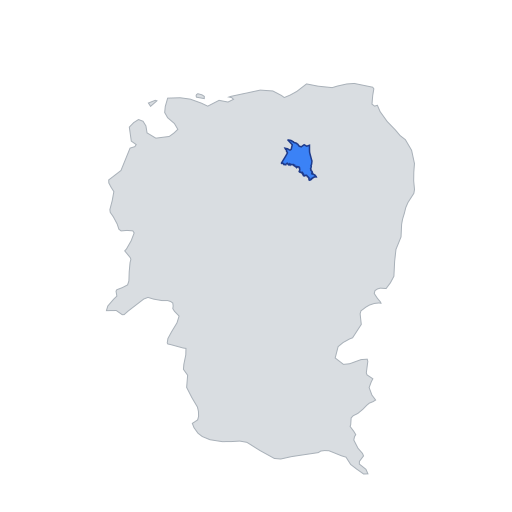 Moung Ruessei, Batdâmbâng, Cambodia (highlighted), rotated 104°
{"feature_id": "14789045B86476324450115", "entity_name": "Moung Ruessei", "entity_type": "district", "adm_level": 2, "iso_a3": "KHM", "parent_name": "Cambodia", "parent_adm1": "Batdâmbâng", "projection": "albers", "projection_center": [103.606, 12.852], "detail": "fine", "context": "in_parent", "style": "filled", "palette": "blue", "viewbox_px": 512, "rotation_deg": 104, "n_neighbors": 0, "source": "geoboundaries", "source_scale": "gbopen_adm2", "svg_char_len": 6990}
<svg xmlns="http://www.w3.org/2000/svg" viewBox="0 0 512 512"><g transform="rotate(104 256 256)"><path d="M440.3,94.7L441.5,98.8L438.5,106.6L435.4,113.7L429.4,120.0L429.2,124.5L427.3,138.1L428.2,142.4L429.6,146.0L431.7,148.0L437.1,161.1L442.1,173.1L447.0,182.9L448.0,189.2L443.8,205.1L439.0,219.8L439.5,227.0L441.8,234.3L444.3,243.9L445.4,256.3L444.2,264.4L442.0,269.4L437.6,274.6L433.8,277.3L429.2,273.0L425.5,272.9L420.6,274.3L416.7,276.3L408.9,284.0L400.3,291.5L388.2,293.5L383.5,299.0L378.5,299.8L368.9,300.2L362.6,301.6L362.9,304.3L362.6,317.2L362.7,320.3L361.8,321.1L357.4,321.5L350.0,319.6L340.0,316.5L332.9,316.1L329.4,321.7L327.2,324.0L324.5,324.3L321.7,325.4L320.8,327.9L320.6,331.0L322.0,336.4L322.6,345.0L322.3,350.8L324.9,354.5L340.3,366.7L344.8,369.8L345.3,371.6L342.7,378.4L345.2,387.9L340.4,387.7L332.4,383.7L328.6,381.3L324.0,383.3L322.4,382.9L319.2,378.3L315.1,373.6L310.9,373.3L302.0,375.2L292.9,376.6L289.5,376.6L288.1,377.5L282.8,384.6L280.6,383.4L271.4,380.8L263.1,379.8L261.4,381.6L262.4,387.4L264.3,393.0L263.2,395.5L258.6,398.4L252.6,403.8L248.9,408.0L246.3,409.0L237.1,408.9L227.9,409.5L224.2,413.4L220.7,416.5L217.8,417.3L205.7,407.7L181.8,404.3L179.2,400.0L176.9,399.2L174.7,404.8L161.6,410.1L156.1,406.9L152.0,403.0L152.6,398.2L156.4,394.3L162.9,391.5L165.9,381.7L161.0,369.1L156.6,365.4L152.0,362.5L147.2,367.2L143.2,375.2L138.9,379.3L132.9,380.2L124.2,379.9L120.8,367.9L119.7,357.7L120.9,346.0L122.3,339.1L113.9,329.5L113.4,320.4L109.4,315.7L108.2,318.0L108.3,320.7L107.1,318.8L94.0,292.0L91.8,279.6L94.1,270.1L95.4,266.9L91.6,261.8L86.3,256.1L76.8,248.6L76.2,236.8L74.2,222.8L71.4,218.1L67.1,209.5L64.8,202.4L64.0,183.6L65.3,182.1L72.0,181.6L80.6,180.2L81.9,177.2L80.4,174.7L85.9,170.5L93.8,161.2L99.9,151.4L104.3,145.3L107.0,139.2L115.8,130.6L128.0,124.6L136.3,123.2L144.9,121.2L153.1,118.3L157.0,118.0L167.3,121.5L172.8,122.4L178.6,122.4L184.6,122.7L189.9,122.4L202.4,119.9L215.7,121.8L227.6,120.2L242.3,117.3L249.5,119.1L256.1,121.9L257.1,127.6L258.6,130.2L260.8,132.2L263.8,132.2L267.5,128.2L270.6,124.0L271.6,123.3L271.8,125.3L273.4,129.7L276.2,134.1L279.0,137.0L283.8,140.9L286.9,141.0L296.9,137.3L312.0,142.5L313.8,145.1L318.8,150.5L324.1,154.4L335.8,154.5L340.0,144.9L337.9,139.1L331.1,129.0L329.2,123.1L331.3,122.0L342.7,120.7L344.5,119.5L346.9,112.9L350.0,113.7L356.3,114.4L362.9,109.9L366.8,105.1L369.0,107.2L371.4,110.5L374.0,112.4L378.8,115.2L384.1,119.1L387.4,123.0L390.1,124.5L396.8,123.3L398.6,123.5L402.5,118.7L405.2,116.0L407.5,116.7L410.9,116.6L417.9,110.5L421.8,104.9L424.0,103.3L430.3,106.0L432.9,105.4L436.4,97.7L440.3,94.7ZM116.3,352.2L115.0,352.9L113.8,352.8L112.6,351.7L112.7,347.4L113.6,344.8L115.8,344.3L116.3,352.2ZM136.3,394.5L133.6,397.4L129.3,391.4L129.4,389.7L136.3,394.5Z" fill="#d9dde1" stroke="#a8b0b8" stroke-width="1"/><path d="M167.3,223.5L167.8,223.2L168.2,223.4L168.3,223.3L168.5,223.2L169.0,223.0L169.3,223.0L169.4,222.7L169.5,222.4L169.5,222.1L169.1,221.8L168.9,221.7L168.8,221.4L168.3,221.2L168.0,221.1L167.8,221.1L167.6,221.2L167.4,221.1L167.4,220.9L167.2,220.5L166.8,220.4L167.2,220.3L167.0,220.2L166.6,219.7L166.4,219.7L166.6,220.0L166.2,219.7L165.7,218.9L165.5,218.7L165.4,218.7L165.1,218.0L164.9,217.7L164.7,216.6L164.4,216.8L164.1,217.1L164.0,217.5L163.7,217.9L163.7,218.1L163.6,218.3L163.2,218.4L163.2,218.5L162.8,219.9L162.9,220.5L162.8,220.9L162.7,221.0L162.8,221.3L162.8,221.6L162.7,221.8L162.3,221.7L162.1,221.7L161.9,221.9L161.5,221.8L161.5,221.6L161.4,221.7L161.2,221.6L161.0,221.8L160.8,222.0L160.5,222.2L160.4,222.1L160.2,222.3L160.1,222.6L160.0,222.8L159.9,223.0L159.5,223.6L159.4,223.6L159.2,223.5L158.7,223.6L158.2,224.2L157.8,224.1L157.7,224.0L157.4,224.0L156.9,224.0L156.4,224.0L156.2,224.0L155.9,224.0L155.4,224.3L155.0,224.5L154.7,224.4L153.9,224.3L153.3,224.3L151.9,224.5L150.3,224.7L149.5,225.2L143.2,228.7L142.1,229.2L139.6,229.9L135.6,230.9L137.2,233.3L136.4,236.2L139.2,238.6L139.1,238.8L139.1,239.0L139.0,239.4L139.0,239.5L139.1,239.8L139.0,240.0L138.9,240.3L139.0,240.5L138.8,240.8L138.7,241.1L138.6,241.4L138.5,241.5L138.1,241.7L137.7,242.2L137.5,242.5L137.3,242.7L137.3,243.0L137.3,243.3L137.2,243.4L137.0,243.7L136.8,243.9L136.7,245.3L136.7,246.5L136.6,247.0L136.2,247.2L136.1,247.3L136.1,247.5L136.1,247.8L136.0,248.3L135.9,248.5L136.0,248.6L135.9,248.7L135.9,248.8L135.7,249.1L135.5,249.3L135.5,249.5L135.5,249.8L135.4,250.2L135.4,250.5L135.5,250.9L135.5,251.1L135.7,251.4L135.5,251.8L135.6,252.1L135.6,252.4L135.7,252.6L135.6,253.0L135.5,253.5L139.3,247.7L141.9,247.7L143.7,247.6L143.8,247.6L144.5,248.1L144.9,248.4L145.1,248.7L144.6,250.6L144.3,251.3L144.4,252.9L144.4,253.9L145.0,253.4L145.4,253.0L145.4,252.8L145.5,252.6L145.6,252.2L146.0,251.9L146.4,251.9L146.9,251.8L147.2,251.5L147.5,251.3L147.6,250.9L148.3,250.4L151.7,251.3L159.7,253.8L159.8,253.7L160.0,253.5L160.0,253.4L159.9,253.3L159.9,253.2L159.6,253.0L159.5,252.9L159.5,252.7L159.6,252.4L159.7,252.2L159.6,251.8L159.9,251.7L159.9,251.4L160.0,251.4L160.3,251.3L160.4,251.2L160.5,251.1L160.6,250.9L160.3,250.6L160.4,250.4L160.3,249.9L160.3,249.7L160.2,249.6L160.3,249.5L160.3,249.4L160.3,249.2L160.2,249.2L159.9,249.1L160.0,249.2L160.0,249.3L159.9,249.3L159.8,249.2L159.7,249.2L158.4,248.2L159.6,246.6L159.7,246.4L159.5,246.2L159.5,245.8L159.4,245.9L159.5,245.9L159.3,245.9L159.2,245.9L159.2,245.7L159.3,245.7L159.2,245.3L158.9,245.3L159.0,245.2L158.8,245.2L158.7,245.0L158.7,244.9L158.9,244.8L158.6,244.7L158.7,244.4L158.8,244.4L158.8,244.1L158.7,244.0L158.8,243.8L158.7,243.7L158.6,243.8L158.6,243.7L158.6,243.2L158.4,242.9L158.5,242.7L158.6,242.4L158.6,242.1L158.4,241.9L158.5,241.8L158.6,241.7L158.4,241.6L158.6,241.4L158.6,241.2L158.8,241.1L158.7,241.0L158.6,240.7L158.8,240.7L158.9,240.4L159.0,240.3L159.1,240.2L159.2,240.3L159.3,240.3L159.5,240.0L159.5,239.9L159.4,239.9L159.5,239.6L159.7,239.4L159.5,239.1L159.7,238.9L159.6,238.7L159.9,238.7L160.1,238.4L160.2,238.2L160.4,238.0L160.2,237.9L160.1,237.6L159.6,237.4L159.3,237.4L159.3,237.2L159.3,236.9L159.2,236.8L159.2,236.7L159.2,236.4L159.3,236.4L159.4,236.2L159.4,235.9L159.4,235.7L159.5,235.7L159.7,235.3L159.9,235.3L159.9,235.2L160.1,235.1L160.2,234.9L160.4,234.9L160.5,234.9L160.8,234.9L161.1,234.6L161.3,234.5L161.5,234.5L161.6,234.4L162.0,234.3L162.5,234.3L162.8,234.3L162.9,234.5L163.0,234.5L163.1,234.3L163.3,234.2L163.6,234.4L163.7,234.2L163.8,234.0L163.8,233.9L164.0,233.9L164.0,233.7L164.0,233.4L164.1,233.1L163.9,232.9L164.0,232.8L164.0,232.7L164.2,232.2L163.9,231.9L164.1,231.8L164.1,231.7L164.4,231.4L164.5,231.3L164.4,231.3L164.2,231.2L164.4,231.1L164.3,230.9L164.5,230.7L164.3,230.6L164.5,230.4L164.7,230.2L164.8,230.1L165.0,230.0L165.1,229.7L165.7,229.5L165.8,229.6L166.0,229.4L166.5,229.5L166.6,229.2L166.7,228.9L166.7,228.7L166.5,228.3L166.5,228.1L166.4,228.0L166.3,227.9L166.1,227.9L165.9,227.9L165.7,227.4L165.7,227.2L165.5,226.9L165.7,226.7L165.6,226.1L166.1,225.7L166.3,225.5L166.6,225.3L166.6,224.6L166.7,224.4L167.0,224.3L167.1,224.2L167.2,223.8L167.2,223.7L167.3,223.5Z" fill="#3b82f6" stroke="#1e3a8a" stroke-width="1.5"/></g></svg>